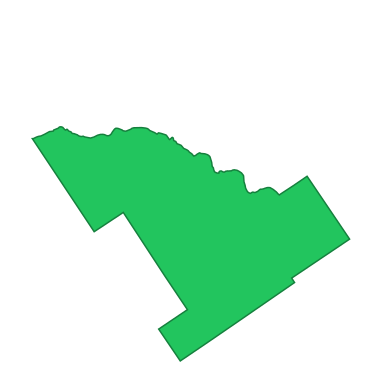 outline of Burnett, Wisconsin, United States of America, rotated 56°
{"feature_id": "52423323B90647147218833", "entity_name": "Burnett", "entity_type": "district", "adm_level": 2, "iso_a3": "USA", "parent_name": "United States of America", "parent_adm1": "Wisconsin", "projection": "equal_earth", "projection_center": [-92.579, 45.899], "detail": "fine", "context": "isolated", "style": "filled", "palette": "green", "viewbox_px": 384, "rotation_deg": 56, "n_neighbors": 0, "source": "geoboundaries", "source_scale": "gbopen_adm2", "svg_char_len": 2145}
<svg xmlns="http://www.w3.org/2000/svg" viewBox="0 0 384 384"><g transform="rotate(56 192 192)"><path d="M58.5,294.5L170.2,295.3L170.5,260.4L246.7,261.5L287.0,261.6L287.0,296.3L325.5,296.2L325.4,261.7L325.1,225.4L324.4,157.6L319.1,157.5L319.2,87.7L243.3,87.8L243.4,105.3L243.2,119.6L243.3,121.2L241.8,121.7L239.3,122.0L235.4,123.2L232.7,124.5L232.1,124.8L231.2,125.9L230.4,127.2L229.5,130.1L229.4,130.9L228.6,132.8L227.9,133.8L227.9,134.6L228.2,137.2L227.8,139.6L227.7,140.0L227.0,140.8L226.1,141.6L225.9,142.3L225.8,143.4L225.9,144.2L225.3,144.8L223.4,145.7L222.1,145.8L218.8,145.4L216.0,144.2L212.6,143.2L207.8,140.4L207.0,140.1L203.9,140.3L201.4,141.3L199.2,142.5L197.2,144.6L196.5,146.3L196.5,147.4L194.9,150.2L194.3,150.9L193.9,152.0L193.6,152.6L193.7,153.9L192.8,155.0L190.9,156.0L190.3,157.1L190.4,158.1L190.6,158.5L191.3,159.0L191.3,159.3L190.3,160.6L188.8,161.6L187.7,162.0L185.6,161.5L184.0,160.8L182.0,160.9L178.4,159.1L173.2,157.5L172.4,157.4L170.8,157.8L169.7,158.3L167.5,160.0L165.0,163.1L164.1,163.5L163.7,164.0L163.5,166.9L163.7,168.4L163.3,170.3L163.1,170.5L160.2,170.8L157.5,171.9L155.9,172.0L154.1,172.7L151.2,174.5L147.3,174.9L145.5,176.0L144.7,176.6L143.6,177.4L141.0,177.2L139.5,178.2L139.0,178.3L136.8,177.4L136.0,177.6L135.7,177.8L135.6,178.2L136.1,180.9L135.9,181.4L130.6,181.5L129.6,182.1L126.2,184.8L124.4,186.5L124.2,186.9L124.5,188.3L124.2,188.8L122.0,189.7L117.3,192.7L115.9,192.9L114.6,193.4L113.1,194.7L110.4,197.8L106.3,204.2L105.6,206.1L105.7,207.8L104.7,212.4L104.5,213.0L102.7,214.9L101.6,215.2L98.4,217.4L97.7,218.0L96.6,219.4L96.5,220.6L96.7,221.6L97.7,224.4L98.2,225.4L98.9,227.1L98.9,229.0L98.5,230.0L97.7,231.1L95.6,232.4L94.5,233.5L93.1,235.6L92.1,238.6L91.6,242.5L90.5,246.0L86.2,250.3L84.9,251.0L84.5,251.9L84.1,252.8L82.7,254.1L81.7,254.7L80.6,255.0L77.6,257.2L76.7,258.3L76.2,258.6L74.5,258.7L72.9,259.8L72.3,260.2L70.5,260.3L70.0,260.8L70.0,262.1L69.8,262.3L69.1,262.6L66.2,263.0L65.2,263.6L64.2,264.9L64.0,265.8L64.3,267.1L63.3,272.0L63.9,273.0L63.8,273.3L62.2,276.4L61.7,281.9L61.1,285.8L60.0,288.3L59.5,290.2L59.0,293.7L58.5,294.5Z" fill="#22c55e" stroke="#15803d" stroke-width="1.5"/></g></svg>